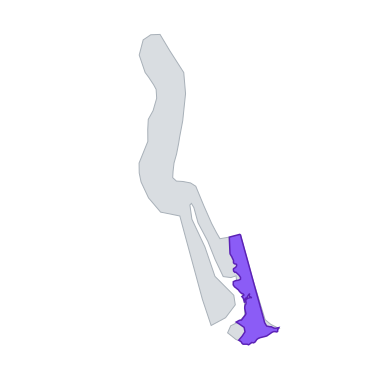 Gambia, with West Coast highlighted, rotated 254°
{"feature_id": "GMB-5512", "entity_name": "West Coast", "entity_type": "Division", "adm_level": 1, "iso_a3": "GMB", "parent_name": "Gambia", "parent_adm1": "", "projection": "robinson", "projection_center": [-16.401, 13.235], "detail": "fine", "context": "in_parent", "style": "filled", "palette": "violet", "viewbox_px": 384, "rotation_deg": 254, "n_neighbors": 0, "source": "natural_earth", "source_scale": "10m", "svg_char_len": 2340}
<svg xmlns="http://www.w3.org/2000/svg" viewBox="0 0 384 384"><g transform="rotate(254 192 192)"><path d="M58.4,173.6L85.9,172.4L119.1,172.9L155.3,173.4L172.3,173.7L181.3,156.3L198.3,148.6L215.7,145.8L224.8,146.5L234.4,149.1L252.8,163.5L264.3,166.7L273.9,170.0L280.9,177.0L291.9,183.9L300.5,185.8L305.6,184.7L314.2,182.0L319.8,179.9L338.2,179.0L351.7,187.0L354.5,195.7L352.3,204.7L334.2,209.5L309.1,217.0L288.3,212.9L263.0,202.7L248.3,195.3L242.1,192.4L232.9,187.7L224.8,182.7L217.1,179.5L211.1,177.4L206.8,180.0L204.6,186.2L201.1,193.1L196.5,197.2L175.4,199.6L156.4,202.2L146.2,204.3L139.4,206.0L137.2,226.8L115.7,226.6L94.6,226.3L72.7,226.7L49.1,227.1L43.0,231.3L36.7,238.2L36.0,227.8L30.0,204.0L38.1,193.6L46.8,187.4L52.7,192.3L54.5,202.0L59.1,208.7L74.5,212.8L89.9,209.8L99.3,211.2L99.0,205.8L102.1,198.7L120.8,195.6L140.4,193.6L160.7,189.3L176.5,189.5L181.2,188.3L180.1,186.4L165.9,184.4L135.5,189.3L104.6,190.8L81.2,203.7L71.6,202.5L61.9,189.6L58.4,173.6Z" fill="#d9dde1" stroke="#a8b0b8" stroke-width="1"/><path d="M138.3,215.4L138.3,217.4L138.1,226.2L137.3,226.8L133.3,226.7L130.4,226.7L123.4,226.6L109.3,226.5L85.4,226.2L68.9,226.1L51.1,225.9L46.4,225.8L42.6,226.8L41.0,229.8L40.7,231.0L38.9,232.9L38.3,233.9L37.9,235.3L37.7,238.1L36.1,236.5L34.4,235.9L34.1,235.0L34.6,234.0L35.3,232.2L35.1,230.3L33.0,224.2L33.0,222.8L33.2,217.0L33.0,215.4L32.4,213.7L30.5,211.4L30.0,209.7L30.9,207.8L30.5,207.1L29.5,204.3L30.5,203.0L31.6,199.2L32.7,198.4L34.1,198.1L35.5,197.2L36.7,196.1L39.6,200.5L43.0,204.4L47.5,204.8L52.3,200.9L54.8,198.6L55.6,202.2L55.3,204.3L59.3,209.6L60.2,210.3L65.7,210.6L67.2,211.1L68.7,212.0L69.5,212.9L70.6,213.5L72.8,213.7L73.9,214.6L74.5,216.5L74.5,218.7L73.9,220.4L76.0,218.4L77.0,218.4L78.4,219.6L77.8,218.3L75.8,216.1L75.4,215.7L75.1,214.2L74.3,213.1L73.2,212.7L71.7,212.8L71.7,212.0L74.9,212.0L76.3,211.8L77.7,211.1L78.7,213.5L80.0,213.0L81.4,211.3L83.2,210.3L85.2,209.6L89.2,206.7L91.4,206.0L94.4,207.0L94.8,209.5L94.4,212.3L94.7,214.5L96.6,215.1L99.2,214.2L102.9,212.0L102.9,211.1L104.4,210.2L106.5,210.5L106.9,211.0L107.1,211.6L107.3,212.4L107.6,213.3L108.7,214.5L109.5,214.8L110.2,214.8L110.6,214.4L111.3,213.0L112.4,212.4L113.2,212.5L114.3,212.9L114.9,213.0L115.7,212.9L116.5,212.7L118.7,212.4L121.6,211.6L122.5,211.6L138.3,215.4L138.3,215.4Z" fill="#8b5cf6" stroke="#5b21b6" stroke-width="1.5"/></g></svg>